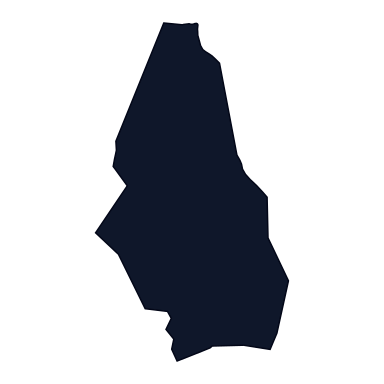 San Buenaventura, Francisco Morazán, Honduras
{"feature_id": "27666195B50330868714175", "entity_name": "San Buenaventura", "entity_type": "district", "adm_level": 2, "iso_a3": "HND", "parent_name": "Honduras", "parent_adm1": "Francisco Morazán", "projection": "albers", "projection_center": [-87.184, 13.903], "detail": "fine", "context": "isolated", "style": "filled", "palette": "ink", "viewbox_px": 384, "rotation_deg": 0, "n_neighbors": 0, "source": "geoboundaries", "source_scale": "gbopen_adm2", "svg_char_len": 1358}
<svg xmlns="http://www.w3.org/2000/svg" viewBox="0 0 384 384"><path d="M163.8,23.0L116.5,139.7L115.9,141.2L116.4,150.2L115.5,154.6L114.5,159.2L113.2,166.5L114.8,168.6L127.3,185.8L95.6,232.8L109.0,245.4L116.0,252.0L118.4,254.2L145.2,308.7L167.5,311.4L171.3,318.4L166.0,329.4L173.8,339.1L171.7,349.2L177.1,361.0L201.6,351.3L210.2,347.8L212.2,346.0L243.7,345.2L270.1,349.4L273.3,341.7L276.9,333.2L288.3,281.5L288.4,280.7L268.0,237.9L267.1,197.2L263.1,192.6L256.7,185.7L250.0,179.4L246.1,175.0L245.5,174.4L242.5,169.1L241.5,164.1L239.9,160.3L236.9,155.0L219.5,63.2L216.0,59.7L212.1,56.0L209.2,54.0L205.5,51.7L202.8,49.6L200.6,45.7L199.0,39.7L197.8,35.3L197.7,31.8L197.5,29.1L197.9,25.1L197.9,24.9L197.8,24.7L197.7,24.4L197.6,24.2L197.4,24.0L197.4,23.9L197.2,23.7L196.9,23.6L196.7,23.5L196.6,23.4L196.4,23.4L196.2,23.4L195.8,23.5L195.7,23.5L195.4,23.5L195.2,23.5L194.9,23.6L194.7,23.7L194.4,23.7L194.3,23.8L194.2,23.8L193.8,24.0L193.7,24.0L193.4,24.1L193.2,24.2L192.9,24.2L192.8,24.3L192.7,24.3L192.4,24.3L192.2,24.3L191.9,24.3L191.6,24.3L191.4,24.3L191.1,24.3L190.9,24.3L190.7,24.2L190.4,24.2L190.2,24.1L189.9,24.0L189.7,23.9L189.4,23.8L189.2,23.8L188.6,23.8L188.1,23.9L187.4,24.0L186.7,24.1L186.3,24.1L186.0,24.2L185.4,24.2L184.9,24.3L184.7,24.3L184.3,24.4L183.9,24.4L183.4,24.5L182.4,24.8L163.8,23.0Z" fill="#0f172a" stroke="#020617" stroke-width="1.5"/></svg>